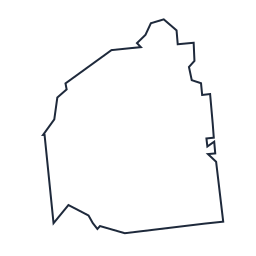 Gilmer, Georgia, United States of America (Mercator projection), rotated 264°
{"feature_id": "52423323B63727267020347", "entity_name": "Gilmer", "entity_type": "district", "adm_level": 2, "iso_a3": "USA", "parent_name": "United States of America", "parent_adm1": "Georgia", "projection": "mercator", "projection_center": [-84.424, 34.703], "detail": "fine", "context": "isolated", "style": "outline", "palette": "slate", "viewbox_px": 256, "rotation_deg": 264, "n_neighbors": 0, "source": "geoboundaries", "source_scale": "gbopen_adm2", "svg_char_len": 608}
<svg xmlns="http://www.w3.org/2000/svg" viewBox="0 0 256 256"><g transform="rotate(264 128 128)"><path d="M41.1,44.0L57.6,60.7L45.1,79.6L37.2,83.0L30.8,87.0L33.4,89.9L23.7,113.8L24.9,194.1L24.9,212.9L85.2,212.1L93.7,204.8L93.6,212.1L105.4,212.3L101.3,205.0L109.4,204.9L109.4,212.3L123.3,212.7L153.2,213.2L153.1,205.2L164.9,205.3L168.9,196.4L182.3,195.0L187.8,201.1L205.9,202.2L206.1,186.2L220.0,186.5L232.3,174.9L229.8,161.7L218.8,155.1L211.5,145.8L207.1,149.2L207.2,119.7L178.9,70.5L172.8,71.0L165.7,60.9L144.3,55.6L130.0,42.8L129.9,44.3L41.1,44.0Z" fill="none" stroke="#1e293b" stroke-width="2"/></g></svg>